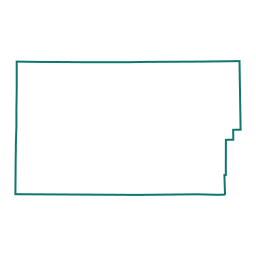 outline of Moffat, Colorado, United States of America
{"feature_id": "52423323B20517885523986", "entity_name": "Moffat", "entity_type": "district", "adm_level": 2, "iso_a3": "USA", "parent_name": "United States of America", "parent_adm1": "Colorado", "projection": "albers", "projection_center": [-108.223, 40.612], "detail": "fine", "context": "isolated", "style": "outline", "palette": "teal", "viewbox_px": 256, "rotation_deg": 0, "n_neighbors": 0, "source": "geoboundaries", "source_scale": "gbopen_adm2", "svg_char_len": 507}
<svg xmlns="http://www.w3.org/2000/svg" viewBox="0 0 256 256"><path d="M225.0,194.1L224.4,175.1L225.8,175.1L225.9,139.8L233.3,139.7L233.2,129.8L240.6,129.7L239.5,61.1L233.1,61.2L199.9,61.6L162.2,61.8L145.8,61.9L128.4,62.2L119.5,62.2L87.4,62.2L84.0,62.2L70.6,62.1L38.1,61.9L16.7,61.6L16.7,91.4L16.4,110.4L16.4,119.2L16.4,120.8L16.4,126.6L16.0,140.1L15.8,146.9L15.9,147.8L15.7,156.4L15.4,194.2L137.4,194.9L197.1,194.3L217.7,194.8L224.5,194.6L225.0,194.1Z" fill="none" stroke="#0f766e" stroke-width="2"/></svg>